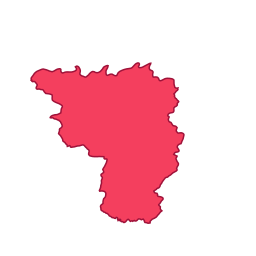 Santa Fé de Minas, Minas Gerais, Brazil (Equal Earth projection), rotated 241°
{"feature_id": "56859067B85446115139738", "entity_name": "Santa Fé de Minas", "entity_type": "district", "adm_level": 2, "iso_a3": "BRA", "parent_name": "Brazil", "parent_adm1": "Minas Gerais", "projection": "equal_earth", "projection_center": [-45.545, -16.733], "detail": "fine", "context": "isolated", "style": "filled", "palette": "rose", "viewbox_px": 256, "rotation_deg": 241, "n_neighbors": 0, "source": "geoboundaries", "source_scale": "gbopen_adm2", "svg_char_len": 5757}
<svg xmlns="http://www.w3.org/2000/svg" viewBox="0 0 256 256"><g transform="rotate(241 128 128)"><path d="M39.1,117.5L40.2,117.1L41.3,117.0L42.2,117.3L43.4,118.1L44.4,117.9L45.4,117.5L46.1,117.7L46.5,119.2L47.1,120.4L47.7,121.3L48.1,122.2L48.4,123.4L48.9,124.3L49.8,124.6L50.5,124.4L51.6,123.6L52.3,122.9L53.2,121.7L53.8,121.1L54.7,121.1L55.4,121.6L56.0,121.7L56.8,121.7L58.0,120.2L59.8,119.8L60.4,120.1L60.6,123.1L61.0,124.0L61.0,124.8L60.7,125.7L61.0,126.8L61.6,127.8L62.4,128.5L62.9,129.2L63.1,130.2L64.3,131.9L65.5,134.5L65.9,135.6L66.3,136.4L66.3,137.5L65.9,138.5L66.0,139.6L66.3,140.4L66.3,142.4L66.8,144.5L67.0,145.6L67.0,149.5L67.4,150.5L68.2,150.8L69.1,150.9L70.1,152.1L71.3,154.1L72.3,154.8L73.3,154.9L74.8,154.7L77.7,155.0L78.3,155.4L78.7,155.9L79.0,156.6L79.6,157.3L80.9,156.3L81.7,155.9L82.7,155.2L83.4,156.3L83.7,157.3L83.6,158.2L83.1,159.4L82.9,160.4L83.1,161.4L83.8,161.8L87.2,161.7L87.9,162.1L88.6,162.9L88.8,163.7L89.0,164.9L88.9,165.7L88.6,166.7L89.2,167.6L90.0,168.4L91.9,171.0L94.6,173.4L95.4,173.8L96.4,173.6L97.3,173.0L97.9,172.4L98.6,171.0L99.0,169.8L99.5,169.2L101.1,168.8L102.0,168.8L102.8,169.2L104.5,171.1L105.9,170.8L106.5,170.5L108.2,168.6L109.4,168.4L111.9,168.3L112.6,167.9L113.1,167.2L114.1,167.0L114.9,167.1L115.9,167.4L116.6,168.0L117.7,169.3L118.3,169.3L118.9,168.8L119.8,168.9L120.5,169.8L120.8,171.0L120.7,172.2L120.0,174.2L119.9,175.2L120.2,175.9L120.8,176.5L122.6,177.4L123.3,177.9L123.7,178.9L123.7,180.9L123.9,181.7L124.3,182.4L125.2,182.6L125.8,183.3L126.0,184.1L126.4,185.1L127.3,185.1L128.1,184.7L130.3,184.4L131.1,183.8L132.2,184.0L132.9,183.8L134.2,184.7L135.6,184.7L136.1,186.6L136.6,187.4L136.9,188.4L137.0,189.4L137.4,190.3L138.2,190.5L138.8,191.1L139.2,189.9L140.0,189.1L140.8,188.7L144.0,189.5L147.7,191.4L148.4,191.2L149.3,190.7L150.0,190.0L151.3,188.3L152.4,186.5L152.9,185.3L153.2,184.1L153.3,180.9L153.5,179.5L154.1,178.7L155.0,178.5L156.7,178.8L158.0,178.4L158.5,178.0L159.2,177.0L160.1,175.1L160.7,174.7L162.1,175.1L163.2,175.7L164.4,176.8L165.2,177.1L166.1,177.0L168.3,175.4L169.3,175.4L170.1,175.6L171.2,176.3L172.4,177.7L173.0,178.8L173.6,179.3L173.9,178.6L174.0,177.8L174.2,170.1L174.4,169.1L174.8,168.0L175.3,167.1L176.1,166.8L176.7,167.0L177.7,168.4L178.4,169.0L179.4,169.0L180.1,168.3L180.3,167.4L180.4,166.2L180.2,165.1L179.0,161.4L178.8,160.6L178.9,159.4L180.4,155.3L181.0,153.0L181.3,151.1L181.5,148.6L181.4,147.6L181.1,146.2L179.4,143.6L179.6,142.7L180.1,142.0L180.8,141.4L182.3,140.5L182.9,140.1L183.4,139.2L183.7,138.3L183.8,136.8L184.0,135.5L184.9,134.9L185.7,135.0L187.4,135.7L188.2,136.2L188.9,136.7L190.7,139.5L192.1,140.8L192.7,140.2L193.0,138.6L193.1,136.9L192.9,135.9L192.0,134.4L191.2,132.2L190.9,131.2L190.8,129.9L191.1,128.3L191.6,127.4L192.1,126.8L192.7,126.2L193.5,125.8L194.0,125.2L194.5,124.6L194.7,123.4L194.5,121.9L194.1,120.4L193.6,119.5L193.0,116.3L193.1,115.5L193.8,114.7L194.5,114.3L196.1,112.8L197.3,112.2L198.1,112.0L199.0,112.3L200.5,113.6L201.3,114.1L202.7,114.5L204.9,114.5L205.7,114.3L206.6,113.7L207.1,112.9L207.0,111.6L205.0,111.8L204.3,111.4L203.8,110.8L203.6,109.9L203.6,108.8L204.0,106.8L204.4,105.6L206.5,102.0L207.0,101.0L207.4,99.8L207.6,98.2L208.0,97.2L208.6,96.9L209.3,96.7L210.3,96.8L211.9,97.7L212.6,97.4L213.1,96.7L213.7,94.8L213.8,93.7L213.7,90.8L214.0,88.9L215.8,87.0L217.2,85.9L218.7,84.6L220.7,82.4L221.1,81.2L221.3,79.8L221.7,76.0L221.6,74.8L221.4,73.8L221.1,72.6L220.0,70.5L219.0,68.2L218.5,67.4L217.5,67.1L216.9,66.4L216.4,67.0L215.5,66.6L214.7,67.1L214.3,68.4L213.3,69.1L210.7,69.5L209.9,69.6L209.4,69.3L208.1,67.5L207.4,67.0L206.5,67.0L205.8,67.7L205.2,69.2L203.8,70.5L203.0,71.8L202.4,72.2L201.4,72.3L200.3,72.3L198.1,72.8L196.0,75.7L194.4,77.2L193.7,77.6L192.8,77.3L190.7,76.0L189.5,75.5L188.9,75.4L187.0,76.2L185.0,77.6L182.6,79.6L180.1,81.0L179.2,81.2L178.3,80.8L177.6,79.7L176.9,78.8L174.4,77.0L173.8,76.5L173.9,73.8L174.1,72.5L175.1,70.2L175.6,68.0L175.6,66.6L175.3,65.6L174.8,65.0L174.2,65.5L173.4,67.2L171.8,67.9L171.2,68.6L170.6,69.4L168.9,70.6L168.3,71.3L167.5,71.4L166.7,71.9L166.0,72.0L165.2,71.8L164.5,72.0L162.4,71.7L161.5,71.4L161.0,70.7L160.5,69.2L160.5,68.1L160.1,67.4L159.2,67.0L158.3,66.2L156.8,64.6L155.9,64.7L155.0,65.0L153.7,65.3L150.1,65.4L148.6,64.9L147.8,64.8L146.0,65.8L144.2,65.9L143.7,66.3L142.9,66.5L141.3,66.0L140.9,68.4L140.1,68.7L139.2,68.5L138.5,69.3L138.2,70.3L137.9,71.0L137.5,72.0L136.8,75.0L135.9,77.0L135.5,79.1L135.1,80.4L134.4,81.0L133.7,81.3L132.1,81.6L130.3,82.2L129.6,82.2L128.2,82.9L127.5,83.0L126.8,82.9L126.2,82.5L124.9,81.3L124.0,80.8L122.8,80.9L122.1,81.2L120.4,83.0L119.3,84.6L117.6,87.7L117.1,88.9L114.6,93.0L113.6,92.7L112.9,92.3L112.2,92.6L111.2,94.4L110.3,94.3L108.1,92.2L105.7,88.8L104.6,86.7L103.9,85.8L102.1,85.7L101.2,85.4L100.8,84.3L100.5,82.0L99.9,81.5L98.6,81.3L97.7,81.6L97.0,81.5L96.4,81.0L94.9,79.2L92.7,78.2L90.6,76.1L89.6,75.5L88.2,74.0L87.3,72.7L86.5,72.6L85.6,74.7L84.3,76.3L83.5,76.8L82.7,77.0L81.9,77.0L81.1,76.7L79.1,75.2L78.5,74.3L77.9,72.4L77.2,71.7L76.1,70.7L74.1,69.5L73.7,67.2L73.2,66.3L72.4,65.7L71.5,65.6L70.0,64.9L69.3,64.7L68.5,64.9L67.7,65.6L66.3,66.0L65.7,66.7L65.1,67.2L64.5,67.3L63.9,67.6L63.5,68.3L61.7,69.0L60.4,69.0L59.7,69.4L58.9,70.1L57.2,70.7L57.0,71.5L55.6,72.4L55.0,73.2L55.5,74.4L54.8,75.2L54.1,75.2L53.3,74.6L52.1,74.5L52.6,75.3L51.9,76.9L51.3,77.0L51.0,75.9L49.9,76.7L49.3,76.8L48.8,77.8L47.3,78.6L47.1,79.5L47.2,80.5L48.2,83.2L47.8,84.2L46.0,84.5L45.1,84.9L45.1,85.8L44.8,86.6L44.1,86.9L44.2,88.0L44.0,88.8L43.3,89.0L42.8,89.9L42.8,91.1L43.1,91.8L43.3,92.6L43.3,93.4L42.2,94.7L41.3,95.1L41.0,97.1L39.1,97.4L38.2,97.0L37.2,97.0L36.0,98.5L35.3,99.0L34.6,100.2L34.3,101.4L35.3,101.8L35.8,102.5L36.5,104.9L36.3,107.4L36.4,109.5L36.8,110.6L37.3,111.6L37.6,112.8L38.8,115.6L39.1,117.5Z" fill="#f43f5e" stroke="#9f1239" stroke-width="1.5"/></g></svg>